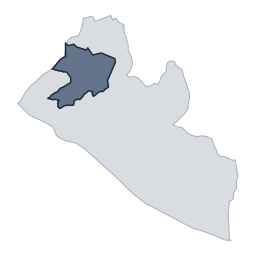 location of Gbapolu within Liberia
{"feature_id": "LBR-1459", "entity_name": "Gbapolu", "entity_type": "County", "adm_level": 1, "iso_a3": "LBR", "parent_name": "Liberia", "parent_adm1": "", "projection": "orthographic", "projection_center": [-10.534, 7.419], "detail": "fine", "context": "in_parent", "style": "filled", "palette": "slate", "viewbox_px": 256, "rotation_deg": 0, "n_neighbors": 0, "source": "natural_earth", "source_scale": "10m", "svg_char_len": 3868}
<svg xmlns="http://www.w3.org/2000/svg" viewBox="0 0 256 256"><path d="M17.8,103.3L20.7,100.9L24.8,93.2L30.7,85.8L36.1,81.4L40.5,76.8L45.0,73.4L51.6,69.3L61.6,58.6L63.9,57.4L65.5,50.0L68.0,40.6L70.9,37.6L77.7,35.9L79.3,34.3L81.7,27.6L83.2,19.9L83.3,18.2L86.0,18.0L90.6,16.4L93.2,17.1L94.4,19.3L95.0,21.2L108.9,16.4L110.1,15.4L110.8,15.5L112.6,19.9L113.6,19.6L114.4,18.3L115.3,18.2L116.4,18.8L117.5,20.8L119.3,22.6L122.3,23.9L124.2,25.7L124.0,30.3L124.7,34.8L126.0,35.9L126.7,38.6L127.1,41.5L127.8,43.1L128.3,46.1L128.1,49.3L128.6,51.5L130.8,55.4L132.2,60.3L132.3,63.8L131.5,67.4L130.0,70.8L127.4,74.4L127.2,75.8L128.8,76.8L131.1,77.0L133.0,76.2L137.9,77.9L140.5,80.3L142.8,83.2L144.8,84.7L145.8,86.6L149.3,86.1L153.3,84.2L154.1,83.4L155.3,83.8L158.0,84.0L159.8,80.8L161.2,77.0L164.4,73.0L165.9,71.4L166.3,68.8L166.5,65.5L167.6,62.6L170.2,61.0L173.0,61.0L174.5,61.6L175.3,64.4L177.5,66.5L179.5,68.0L180.5,68.6L182.1,70.2L183.6,75.9L189.7,94.1L189.4,99.1L188.3,102.4L188.3,105.6L187.9,108.8L184.2,114.0L173.4,124.7L174.3,125.6L176.9,126.8L179.5,127.4L181.7,127.1L184.4,129.7L187.3,133.1L190.4,134.8L194.9,136.3L198.8,136.4L202.1,135.8L206.8,136.5L211.8,139.2L213.6,143.8L214.8,147.7L216.5,149.7L216.8,153.2L220.4,156.2L225.4,156.8L232.0,160.3L233.7,160.1L234.4,159.6L235.2,160.3L236.9,170.5L238.2,175.9L237.5,178.1L236.6,179.9L236.6,188.1L233.7,192.9L233.2,198.1L232.4,199.8L229.2,201.3L229.2,205.3L228.4,210.2L228.1,215.3L229.0,228.7L229.3,238.8L230.7,240.6L224.5,239.8L206.3,232.3L192.3,228.0L145.3,203.2L132.2,193.1L117.2,178.2L83.8,148.1L76.2,143.3L66.6,140.9L60.6,138.4L56.5,135.6L53.1,127.2L44.7,122.2L29.4,115.1L17.8,103.3Z" fill="#d9dde1" stroke="#a8b0b8" stroke-width="1"/><path d="M52.3,69.0L59.5,60.3L61.5,58.6L64.0,57.2L64.4,57.1L65.6,56.9L65.5,43.8L65.6,43.2L68.3,45.6L73.7,44.2L76.7,47.0L86.4,50.0L87.8,48.0L92.7,55.0L101.3,53.0L114.8,58.6L115.4,62.2L107.5,80.6L108.5,86.9L107.8,87.6L105.8,88.8L104.9,89.4L103.9,90.7L103.6,91.0L103.3,91.1L103.1,91.4L102.8,91.6L102.5,91.5L102.2,91.4L101.9,91.3L101.6,91.3L101.2,91.4L100.0,91.7L98.8,92.2L96.9,93.6L95.2,95.3L94.3,95.9L93.4,96.1L92.9,95.8L92.7,95.7L92.6,95.4L92.8,95.2L92.6,94.5L92.6,94.3L92.4,93.7L92.2,93.4L92.0,93.2L92.2,92.8L92.5,92.6L92.6,92.4L92.7,92.1L92.7,91.9L92.6,91.7L91.8,91.4L89.9,91.0L88.5,90.9L88.0,91.1L87.8,91.3L87.4,91.9L83.8,94.7L83.6,95.1L83.1,96.1L82.2,97.2L80.5,99.0L80.1,99.3L79.7,99.4L79.3,99.5L78.9,99.5L77.5,99.2L77.3,99.2L76.9,99.4L75.1,100.2L74.6,100.5L74.3,100.8L74.2,101.0L74.1,102.3L73.9,103.3L73.5,105.0L71.9,105.3L66.0,105.3L63.2,106.4L62.8,106.7L62.2,107.2L61.8,107.5L61.2,107.8L60.3,108.2L59.8,108.3L59.5,108.3L59.1,107.9L58.7,107.5L58.5,107.2L58.4,107.0L58.4,106.8L58.2,106.6L57.8,106.3L57.8,105.9L57.9,105.5L58.0,105.3L57.9,104.9L58.0,104.6L58.1,104.4L58.0,104.1L57.9,103.9L57.8,103.6L57.7,103.4L57.8,103.3L57.9,103.1L57.9,102.9L58.0,102.7L58.1,102.3L58.1,102.2L58.0,101.9L57.9,101.6L57.9,101.3L58.0,101.2L59.0,101.2L59.0,100.9L59.0,100.7L58.9,100.3L58.6,100.0L55.3,99.3L55.0,99.3L54.8,99.3L53.8,99.6L52.6,99.7L52.0,99.6L49.0,98.5L48.7,98.6L48.3,98.7L47.9,98.3L48.0,98.1L48.4,97.8L48.7,97.7L49.4,97.5L49.8,97.3L50.2,96.8L50.8,95.9L51.3,95.3L51.6,95.1L52.1,94.6L52.3,94.4L52.5,94.3L53.4,94.1L53.6,93.9L53.8,93.7L54.3,93.2L54.5,93.0L55.5,92.5L55.8,92.4L56.3,92.4L56.5,92.3L56.7,92.2L56.9,92.0L57.3,91.7L57.8,91.4L58.0,91.2L58.9,89.7L59.1,89.5L59.3,89.2L60.4,88.5L60.6,88.3L60.7,88.1L60.9,87.9L61.2,87.8L61.5,87.7L62.8,87.4L66.6,85.0L67.4,84.3L67.6,84.2L67.9,84.1L69.0,83.7L69.3,83.6L69.5,83.4L69.6,83.2L70.0,82.8L70.7,82.3L70.9,82.0L71.0,81.6L70.7,80.4L70.8,79.9L70.8,78.9L70.6,77.7L70.4,77.2L67.1,72.6L66.7,72.2L66.1,72.0L65.1,71.9L64.2,71.9L63.3,72.0L63.0,71.8L62.5,71.1L61.7,71.2L61.5,71.3L57.6,70.6L57.2,70.2L56.9,70.1L56.1,70.3L55.8,70.3L55.7,70.3L55.5,70.2L55.3,69.8L55.1,69.6L54.9,69.5L53.0,69.1L52.3,69.0Z" fill="#64748b" stroke="#1e293b" stroke-width="1.5"/></svg>